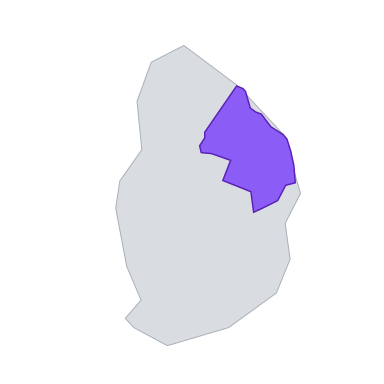 Mauritius, with Flacq highlighted, rotated 339°
{"feature_id": "MUS-5184", "entity_name": "Flacq", "entity_type": "District", "adm_level": 1, "iso_a3": "MUS", "parent_name": "Mauritius", "parent_adm1": "", "projection": "natural_earth1", "projection_center": [57.71, -20.212], "detail": "fine", "context": "in_parent", "style": "filled", "palette": "violet", "viewbox_px": 384, "rotation_deg": 339, "n_neighbors": 0, "source": "natural_earth", "source_scale": "10m", "svg_char_len": 768}
<svg xmlns="http://www.w3.org/2000/svg" viewBox="0 0 384 384"><g transform="rotate(339 192 192)"><path d="M234.6,316.5L177.6,331.7L113.9,326.6L89.2,297.9L84.4,286.0L105.7,274.7L104.4,237.9L115.0,179.7L128.6,155.8L160.3,134.5L173.2,87.6L200.5,56.2L236.9,52.3L273.3,110.2L297.9,171.2L292.8,232.2L267.8,254.6L259.5,289.9L234.6,316.5Z" fill="#d9dde1" stroke="#a8b0b8" stroke-width="1"/><path d="M271.7,109.0L276.7,113.8L278.0,117.2L276.5,134.5L280.0,140.0L284.7,144.2L289.0,159.4L297.6,171.0L299.6,176.6L298.8,189.4L296.5,204.1L291.7,220.4L281.9,219.3L268.9,230.7L251.5,232.4L242.3,233.0L247.1,212.9L224.9,192.3L239.4,176.3L223.9,163.1L214.7,158.5L215.0,156.4L215.7,151.6L223.4,145.9L225.4,140.7L271.7,109.0Z" fill="#8b5cf6" stroke="#5b21b6" stroke-width="1.5"/></g></svg>